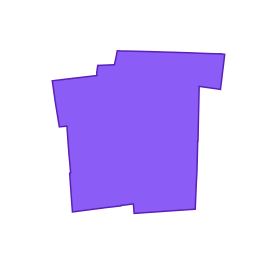 Gemenele, Braila, Romania (Mercator projection), rotated 284°
{"feature_id": "2599482B65666711084077", "entity_name": "Gemenele", "entity_type": "district", "adm_level": 2, "iso_a3": "ROU", "parent_name": "Romania", "parent_adm1": "Braila", "projection": "mercator", "projection_center": [27.647, 45.284], "detail": "fine", "context": "isolated", "style": "filled", "palette": "violet", "viewbox_px": 256, "rotation_deg": 284, "n_neighbors": 0, "source": "geoboundaries", "source_scale": "gbopen_adm2", "svg_char_len": 1034}
<svg xmlns="http://www.w3.org/2000/svg" viewBox="0 0 256 256"><g transform="rotate(284 128 128)"><path d="M187.8,208.4L188.1,208.3L195.9,207.4L207.8,205.9L215.3,205.0L222.9,204.0L222.6,201.8L222.4,199.6L222.2,199.6L222.1,199.0L221.5,196.3L219.4,186.6L216.0,170.2L212.5,154.0L212.1,152.3L210.2,143.6L209.6,140.8L207.7,132.0L202.3,107.8L202.2,107.8L201.8,105.8L201.1,102.9L200.7,100.7L200.5,99.7L200.3,99.1L200.3,98.9L193.5,99.3L192.6,99.3L186.1,99.5L185.2,96.4L184.5,94.1L181.4,83.5L173.9,84.3L171.4,85.2L165.6,69.8L165.2,68.7L155.5,43.1L134.1,51.8L112.5,61.1L115.0,68.3L97.8,73.9L86.3,77.7L86.2,77.8L70.6,83.2L70.1,82.3L47.0,89.8L33.1,94.4L33.3,95.0L36.5,103.0L42.7,118.9L44.0,122.3L45.7,126.4L45.7,126.6L50.7,139.9L51.1,139.8L53.2,145.4L55.5,151.2L55.6,151.6L46.6,154.6L54.2,178.0L57.2,187.2L65.5,212.9L73.5,211.2L91.2,207.6L104.5,205.0L106.1,204.6L108.4,204.1L125.5,200.3L132.0,198.8L132.0,199.1L137.9,197.8L149.3,195.2L160.8,192.6L185.6,187.0L187.8,207.9L187.8,208.4Z" fill="#8b5cf6" stroke="#5b21b6" stroke-width="1.5"/></g></svg>